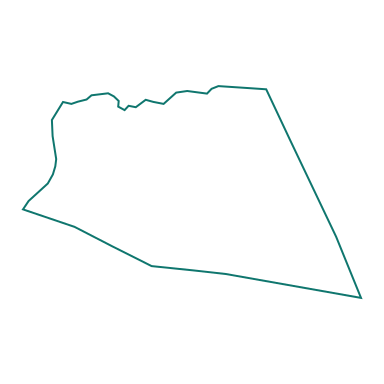 the district of Coronel Ezequiel, Rio Grande do Norte, Brazil
{"feature_id": "56859067B91601220051830", "entity_name": "Coronel Ezequiel", "entity_type": "district", "adm_level": 2, "iso_a3": "BRA", "parent_name": "Brazil", "parent_adm1": "Rio Grande do Norte", "projection": "albers", "projection_center": [-36.229, -6.36], "detail": "fine", "context": "isolated", "style": "outline", "palette": "teal", "viewbox_px": 384, "rotation_deg": 0, "n_neighbors": 0, "source": "geoboundaries", "source_scale": "gbopen_adm2", "svg_char_len": 568}
<svg xmlns="http://www.w3.org/2000/svg" viewBox="0 0 384 384"><path d="M51.9,120.0L52.6,136.1L56.2,159.1L55.3,166.3L52.9,174.4L47.8,183.5L28.6,201.0L23.0,209.4L74.6,226.9L112.0,246.2L151.6,266.1L193.4,270.4L225.7,274.0L361.0,297.9L336.2,236.9L290.4,140.7L266.2,89.3L251.7,88.3L218.4,86.1L211.6,88.8L207.0,93.6L187.2,91.0L176.2,92.6L163.6,103.9L153.3,101.9L145.7,99.8L135.8,107.2L128.6,105.8L124.6,110.1L118.2,106.6L118.7,101.0L113.9,96.4L108.1,93.3L91.5,95.3L86.6,99.5L77.8,101.7L71.4,103.9L63.0,102.0L51.9,120.0Z" fill="none" stroke="#0f766e" stroke-width="2"/></svg>